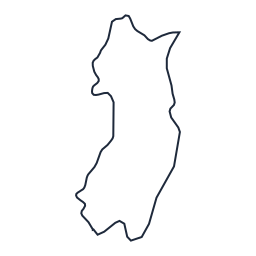 the Province of Armavir, rotated 270°
{"feature_id": "ARM-1554", "entity_name": "Armavir", "entity_type": "Province", "adm_level": 1, "iso_a3": "ARM", "parent_name": "Armenia", "parent_adm1": "", "projection": "equal_earth", "projection_center": [44.079, 40.147], "detail": "fine", "context": "isolated", "style": "outline", "palette": "slate", "viewbox_px": 256, "rotation_deg": 270, "n_neighbors": 0, "source": "natural_earth", "source_scale": "10m", "svg_char_len": 1321}
<svg xmlns="http://www.w3.org/2000/svg" viewBox="0 0 256 256"><g transform="rotate(270 128 128)"><path d="M19.0,141.7L15.4,130.9L19.3,127.2L32.3,124.3L35.1,119.5L33.2,115.3L24.3,104.2L21.3,97.6L26.5,93.5L26.2,92.8L26.6,92.8L33.8,88.5L40.4,82.3L42.7,81.3L45.1,81.8L47.2,83.5L50.2,85.1L52.2,84.9L54.0,83.0L55.7,80.5L58.5,77.0L60.5,76.1L62.0,76.3L63.3,77.6L66.9,83.2L68.4,84.3L71.0,85.3L78.4,86.8L80.5,87.6L81.7,88.3L88.9,94.4L93.0,96.7L103.9,100.6L106.6,102.3L111.0,107.5L115.4,111.1L117.6,112.6L119.8,113.3L153.7,113.6L159.8,111.0L163.1,107.7L162.9,104.0L161.4,98.5L161.0,95.9L161.2,93.7L162.9,92.2L164.6,92.0L166.4,92.2L168.0,92.5L169.5,93.1L170.6,94.2L173.0,97.3L175.0,98.7L176.9,98.7L178.6,97.9L181.0,96.1L184.3,94.3L190.1,92.8L193.2,92.7L195.3,93.6L196.9,95.2L198.5,97.4L203.2,100.1L204.8,100.6L206.1,101.3L211.3,105.4L217.5,108.3L234.3,112.0L236.9,115.8L237.4,120.8L237.8,122.3L240.6,125.5L240.0,128.7L237.4,130.2L229.6,133.3L226.9,135.1L225.0,137.3L220.7,144.4L216.9,147.9L215.5,150.2L215.2,151.9L220.3,161.9L222.8,169.1L223.5,172.8L223.7,179.1L223.7,179.4L207.9,170.1L197.4,166.8L187.7,166.8L170.5,171.5L162.3,172.6L156.4,174.3L153.5,174.7L151.0,173.9L147.4,170.4L144.6,169.6L138.5,171.2L128.5,178.3L124.0,179.9L89.6,174.0L58.3,156.5L32.1,149.0L19.0,141.7Z" fill="none" stroke="#1e293b" stroke-width="2"/></g></svg>